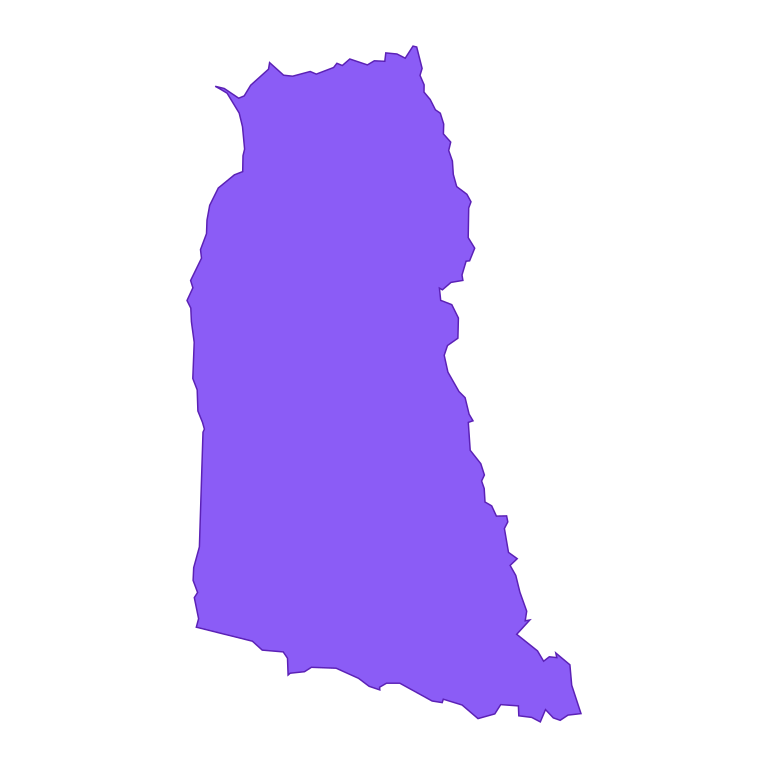 Sabana Grande, Puerto Rico (Equal Earth projection)
{"feature_id": "32010507B75385712317101", "entity_name": "Sabana Grande", "entity_type": "district", "adm_level": 2, "iso_a3": "PRI", "parent_name": "Puerto Rico", "parent_adm1": "", "projection": "equal_earth", "projection_center": [-66.935, 18.087], "detail": "fine", "context": "isolated", "style": "filled", "palette": "violet", "viewbox_px": 768, "rotation_deg": 0, "n_neighbors": 0, "source": "geoboundaries", "source_scale": "gbopen_adm2", "svg_char_len": 1949}
<svg xmlns="http://www.w3.org/2000/svg" viewBox="0 0 768 768"><path d="M416.7,47.0L413.0,46.1L405.2,58.2L397.0,54.0L385.8,52.9L384.8,61.3L374.3,60.8L367.4,64.9L349.8,59.0L342.3,65.5L336.9,63.3L333.6,67.5L316.3,74.1L310.2,71.5L292.6,76.2L283.6,75.2L269.6,62.6L268.5,69.2L250.7,85.2L244.2,95.9L238.7,98.2L224.3,88.5L215.2,86.3L220.1,89.0L227.1,93.2L239.2,113.1L242.5,126.7L244.6,149.1L243.0,155.7L242.7,171.6L234.4,174.8L218.3,188.0L209.7,205.3L207.0,220.1L206.5,233.7L200.5,249.6L201.5,258.2L190.6,280.5L192.9,287.8L187.0,300.5L190.8,308.1L191.4,321.6L194.2,342.3L192.8,378.5L197.2,389.9L197.9,411.0L202.5,422.4L204.4,429.1L203.0,432.2L199.4,546.9L193.7,567.6L193.1,580.4L197.6,592.5L194.3,597.6L198.6,618.7L196.3,627.2L252.4,641.2L262.2,650.1L283.2,651.9L287.5,658.2L288.1,675.0L290.2,673.2L304.5,671.7L311.4,667.3L336.1,668.2L358.5,678.3L369.1,686.3L379.8,689.9L379.6,687.2L386.5,683.2L399.8,683.2L432.1,701.0L442.2,702.6L443.3,699.2L462.1,705.0L478.0,718.6L494.8,713.9L500.7,704.6L518.4,705.9L518.8,715.8L531.7,717.4L540.3,721.9L545.5,709.6L553.3,717.9L560.2,720.3L568.0,715.1L581.0,713.6L571.7,685.2L569.9,664.8L555.8,653.0L556.8,657.6L549.3,656.8L543.6,661.2L537.5,650.9L516.7,634.3L529.8,620.0L525.2,620.8L526.7,611.2L519.9,592.2L515.8,575.5L510.1,565.4L517.2,558.7L508.5,552.4L504.4,528.5L507.8,521.9L506.6,515.9L496.4,516.1L491.7,505.9L485.0,502.0L484.2,488.5L481.6,481.0L484.4,475.0L480.8,463.7L470.2,450.3L468.3,422.4L473.0,420.8L469.1,414.2L465.1,397.7L459.0,391.6L447.9,372.1L444.2,355.3L447.5,345.5L457.9,338.2L458.4,318.0L451.8,304.7L442.7,301.1L440.7,300.4L439.4,288.1L442.4,289.8L451.0,282.4L462.9,280.4L462.0,275.0L466.1,261.2L469.6,260.8L474.7,248.2L468.2,237.6L468.7,208.0L471.0,201.8L466.9,194.3L456.7,186.6L453.3,174.4L452.4,161.0L448.7,150.5L450.7,142.1L443.4,133.9L443.7,124.1L440.3,113.2L435.4,109.8L430.2,99.5L424.0,92.1L424.1,84.8L420.0,75.4L422.1,68.4L416.7,47.0Z" fill="#8b5cf6" stroke="#5b21b6" stroke-width="1.5"/></svg>